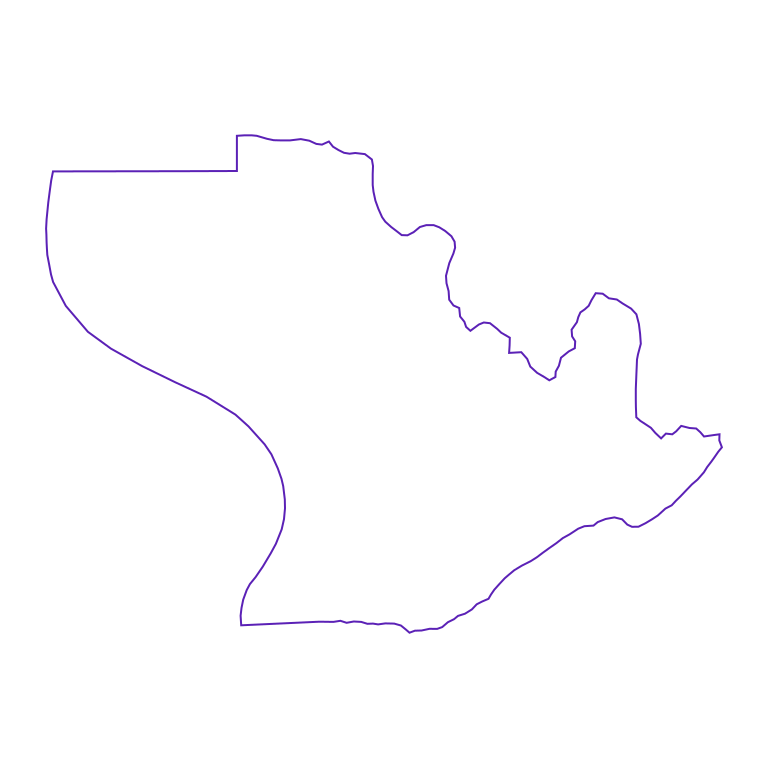 outline of Salvador, Bahia, Brazil
{"feature_id": "56859067B88878728392294", "entity_name": "Salvador", "entity_type": "district", "adm_level": 2, "iso_a3": "BRA", "parent_name": "Brazil", "parent_adm1": "Bahia", "projection": "albers", "projection_center": [-38.466, -12.875], "detail": "fine", "context": "isolated", "style": "outline", "palette": "violet", "viewbox_px": 768, "rotation_deg": 0, "n_neighbors": 0, "source": "geoboundaries", "source_scale": "gbopen_adm2", "svg_char_len": 2882}
<svg xmlns="http://www.w3.org/2000/svg" viewBox="0 0 768 768"><path d="M328.9,141.5L322.0,144.6L316.3,143.9L309.3,140.7L300.8,139.1L290.0,140.4L280.9,140.4L273.7,140.2L267.0,138.8L256.7,135.8L251.4,135.3L244.9,135.3L236.9,135.8L236.9,171.0L180.8,171.2L53.0,171.4L51.2,180.5L49.8,190.7L48.3,202.2L47.7,208.2L46.6,219.3L46.1,228.6L46.4,234.5L46.6,242.4L46.9,248.4L47.3,254.9L49.1,264.2L51.0,274.4L53.1,282.0L60.7,296.3L65.8,305.9L87.9,331.8L110.9,348.6L142.1,366.1L175.3,382.3L206.5,396.7L235.4,414.6L242.1,420.6L248.5,426.4L264.6,444.3L271.4,454.3L277.8,468.4L281.5,478.9L283.2,486.1L284.8,499.3L285.0,508.3L284.0,519.1L281.7,529.3L275.9,543.8L270.8,553.2L262.8,566.6L255.6,577.1L249.9,584.1L246.7,590.1L243.2,599.7L241.5,608.0L240.6,615.7L241.2,625.3L319.4,621.7L333.4,621.9L340.4,620.8L346.6,622.8L353.8,621.5L361.2,621.9L367.4,623.8L373.0,623.6L378.1,624.4L385.3,623.4L394.2,623.6L400.9,625.5L405.7,629.4L409.5,632.7L414.9,630.7L421.6,630.5L429.6,628.8L437.1,628.9L442.2,627.1L447.9,622.2L454.0,619.2L458.0,615.9L465.0,613.7L471.9,609.4L476.7,604.3L482.2,601.5L488.5,598.8L491.0,594.5L494.3,589.7L499.3,584.1L504.7,578.3L509.0,574.6L514.3,570.2L521.9,565.6L530.8,561.1L536.8,557.3L542.6,552.9L549.1,548.2L556.3,543.2L562.8,538.1L569.5,534.4L574.1,531.4L578.2,528.7L584.4,526.2L593.5,525.6L597.7,522.1L605.6,519.0L614.4,517.4L622.1,519.3L627.3,524.6L632.0,526.8L638.5,526.7L645.5,523.2L652.0,519.3L657.8,515.5L665.4,508.6L671.7,505.3L675.8,500.9L680.6,496.2L686.8,489.7L691.9,484.4L697.6,479.5L703.9,472.3L707.2,467.0L711.5,461.4L714.7,456.9L718.3,451.7L721.9,447.3L719.3,440.4L719.5,434.3L714.2,435.0L704.0,436.5L700.3,432.2L696.2,428.5L689.5,428.0L681.2,425.9L676.2,431.3L672.3,434.3L665.9,433.6L661.1,438.4L655.3,432.9L650.9,427.8L645.0,423.9L640.4,420.9L636.3,417.3L635.9,406.9L635.8,400.0L635.8,389.0L636.4,373.8L636.7,366.9L637.0,359.5L638.0,354.3L640.8,343.8L640.1,333.8L638.9,324.0L636.4,314.3L631.1,308.6L622.5,303.4L616.8,299.5L608.9,298.3L602.7,293.7L595.7,293.2L591.4,300.3L588.7,305.8L584.7,309.4L580.4,312.4L578.3,317.1L576.9,322.2L571.6,329.7L572.1,336.4L575.2,341.3L574.8,348.2L568.8,351.4L561.0,357.7L558.9,365.8L555.7,371.6L555.4,377.0L549.3,380.3L544.4,377.1L537.2,372.9L530.3,366.6L527.2,358.9L521.3,352.2L514.4,352.6L509.1,352.9L509.6,345.4L509.8,337.7L501.2,332.7L497.2,328.9L490.0,323.2L483.8,322.5L478.9,324.5L470.4,330.8L466.1,326.9L464.4,321.8L460.1,316.5L459.2,308.0L453.5,305.5L449.2,299.7L448.6,291.1L446.5,283.2L446.0,275.8L449.3,263.1L453.4,253.5L455.1,247.7L454.6,241.7L451.4,236.2L445.2,231.0L439.3,227.3L433.6,225.1L426.4,225.1L419.9,227.0L413.7,232.1L407.5,235.3L401.7,235.1L396.7,231.2L391.2,227.0L385.3,221.7L382.1,217.2L378.4,208.9L375.4,200.6L373.5,191.8L372.7,185.0L372.7,174.0L373.0,166.0L371.9,159.5L364.9,154.1L355.2,153.0L349.6,153.7L344.0,152.8L338.4,150.0L333.0,146.7L328.9,141.5Z" fill="none" stroke="#5b21b6" stroke-width="2"/></svg>